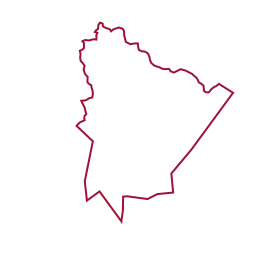 the district of Aquidabã, Sergipe, Brazil, rotated 116°
{"feature_id": "56859067B15430987932018", "entity_name": "Aquidabã", "entity_type": "district", "adm_level": 2, "iso_a3": "BRA", "parent_name": "Brazil", "parent_adm1": "Sergipe", "projection": "mercator", "projection_center": [-37.097, -10.269], "detail": "fine", "context": "isolated", "style": "outline", "palette": "rose", "viewbox_px": 256, "rotation_deg": 116, "n_neighbors": 0, "source": "geoboundaries", "source_scale": "gbopen_adm2", "svg_char_len": 1545}
<svg xmlns="http://www.w3.org/2000/svg" viewBox="0 0 256 256"><g transform="rotate(116 128 128)"><path d="M204.2,96.5L200.6,98.2L191.8,102.3L189.9,99.1L188.6,95.4L183.3,79.3L174.5,72.6L166.2,59.1L149.9,69.1L119.8,61.6L50.3,49.0L48.5,65.6L51.5,67.0L53.5,68.6L56.0,69.9L60.5,71.0L61.8,73.6L61.3,76.1L59.0,77.3L56.8,78.8L56.0,82.1L56.0,84.3L54.0,86.5L52.7,88.8L52.2,91.3L51.3,94.0L51.2,98.4L51.2,101.7L52.1,106.5L54.0,107.9L58.1,111.1L58.3,114.4L56.9,117.2L58.5,119.8L59.7,122.8L59.6,125.6L60.1,129.0L60.3,132.1L59.3,135.6L57.3,137.9L54.7,139.9L52.3,142.7L51.9,146.3L53.0,149.3L53.0,152.6L50.3,154.6L47.7,156.3L48.7,158.4L50.2,160.7L51.6,162.4L51.6,164.9L51.6,167.6L49.1,169.7L46.1,172.3L42.9,173.8L41.2,176.2L41.6,180.1L44.2,182.9L46.1,184.6L48.5,185.6L47.2,187.7L47.8,191.8L47.7,195.0L45.2,196.7L45.6,199.4L48.5,199.8L52.1,198.3L54.0,199.5L56.2,199.9L55.9,197.2L58.4,197.2L60.3,196.1L62.4,195.2L63.2,197.6L64.6,199.4L66.5,201.6L67.7,205.1L70.0,207.0L71.0,204.7L73.0,203.9L75.3,202.6L78.1,203.7L79.7,205.2L82.4,203.0L85.6,201.9L88.5,199.9L89.7,196.7L91.2,194.2L94.9,193.5L98.2,190.4L99.8,186.6L102.7,185.5L104.6,184.5L105.5,182.4L105.6,179.9L107.8,178.3L109.7,176.5L112.3,174.7L116.2,173.5L118.1,175.8L120.6,177.4L122.2,178.9L124.0,181.9L125.5,180.2L127.0,178.0L128.9,175.7L131.3,173.8L133.8,171.6L136.1,172.3L138.1,171.8L139.8,170.4L141.7,171.7L143.7,173.5L146.4,174.6L148.7,175.1L153.3,160.2L154.2,157.5L155.2,153.8L194.8,143.5L208.9,134.6L211.3,133.1L197.5,125.8L214.8,93.0L204.2,96.5Z" fill="none" stroke="#9f1239" stroke-width="2"/></g></svg>